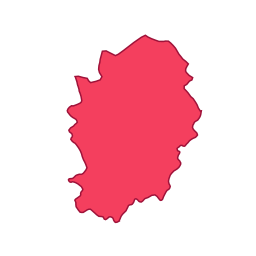 outline of Lyuban, Minsk, Belarus, rotated 240°
{"feature_id": "67162791B60458568388386", "entity_name": "Lyuban", "entity_type": "district", "adm_level": 2, "iso_a3": "BLR", "parent_name": "Belarus", "parent_adm1": "Minsk", "projection": "orthographic", "projection_center": [28.032, 52.73], "detail": "fine", "context": "isolated", "style": "filled", "palette": "rose", "viewbox_px": 256, "rotation_deg": 240, "n_neighbors": 0, "source": "geoboundaries", "source_scale": "gbopen_adm2", "svg_char_len": 3405}
<svg xmlns="http://www.w3.org/2000/svg" viewBox="0 0 256 256"><g transform="rotate(240 128 128)"><path d="M167.0,209.0L170.1,209.0L173.3,209.0L176.6,208.4L180.1,207.5L183.0,206.4L184.6,203.8L185.1,202.2L187.6,198.0L190.4,195.6L193.6,193.0L196.9,190.7L199.6,189.4L199.9,185.0L199.1,175.6L198.4,170.5L197.4,163.1L196.7,156.4L197.0,153.3L201.7,150.2L205.7,147.6L207.3,144.2L206.1,143.0L203.4,140.3L201.4,138.3L198.9,136.4L196.6,134.1L193.5,131.9L190.3,131.0L185.5,131.1L183.6,128.0L184.4,123.7L186.0,118.3L188.6,117.5L191.4,117.5L194.2,114.3L197.6,110.9L199.0,107.9L198.5,107.9L193.6,106.9L190.6,105.9L188.9,105.6L186.0,104.9L184.4,104.2L181.7,103.8L178.7,103.1L177.1,102.5L174.9,101.7L173.8,100.5L173.5,99.0L173.7,96.3L174.1,93.7L174.5,91.6L175.5,90.2L175.3,87.7L174.6,85.7L173.4,84.1L171.9,83.7L170.3,84.0L168.9,84.1L166.7,84.6L164.6,85.5L163.3,86.3L161.4,87.3L159.7,87.3L158.3,86.9L157.8,85.3L157.6,83.7L156.9,81.9L156.8,78.4L155.7,75.7L153.9,75.4L152.3,76.1L150.8,76.5L149.0,76.0L148.1,75.0L147.7,73.8L146.7,72.8L144.3,73.1L142.5,73.8L141.4,74.5L139.5,74.9L137.6,75.1L135.4,75.3L132.0,75.3L129.0,74.9L126.0,74.1L122.8,73.6L119.9,73.5L117.3,73.2L114.1,72.6L112.8,70.8L111.8,68.5L111.1,66.6L111.1,64.6L112.3,62.7L112.6,61.4L112.9,59.9L112.9,58.9L112.5,57.4L112.1,55.8L112.1,54.5L113.0,52.7L113.4,51.6L113.0,50.6L112.0,50.3L110.6,50.5L109.5,51.5L109.3,52.9L109.0,53.3L108.1,54.3L106.9,55.3L104.8,56.6L102.6,57.5L100.6,58.3L97.6,58.3L96.7,57.3L96.0,55.3L95.1,54.3L93.7,53.6L93.1,52.6L92.8,49.6L92.6,47.0L92.1,45.9L90.5,45.7L89.4,45.5L87.8,44.6L85.7,43.7L83.2,43.9L81.7,44.0L79.1,44.4L78.0,45.7L77.3,47.1L77.4,49.6L77.5,52.0L77.2,53.6L76.5,54.8L75.1,55.4L72.9,56.1L70.8,56.8L68.5,57.5L66.1,58.6L65.2,59.9L64.3,61.2L63.3,62.0L62.1,62.0L61.0,61.9L59.9,62.8L59.9,64.4L60.1,65.5L60.4,67.2L59.9,68.4L58.6,69.5L57.2,69.9L55.4,69.5L53.5,69.5L52.4,70.1L51.9,71.5L51.8,73.1L51.8,74.1L52.3,74.2L53.3,75.7L54.9,77.7L56.0,80.0L56.6,82.2L57.3,84.9L58.3,86.3L59.4,88.0L60.6,89.6L60.6,91.0L60.0,92.4L59.9,93.6L60.7,95.5L62.0,97.1L62.9,98.1L62.8,99.4L62.0,100.0L60.6,100.5L59.0,100.8L58.1,101.4L57.3,102.4L57.3,103.2L57.5,104.5L58.2,106.5L58.4,107.5L57.8,110.5L57.8,112.7L57.8,115.0L57.0,116.8L56.6,117.9L54.2,119.0L52.5,119.2L49.7,119.6L49.0,120.1L48.7,121.0L48.9,122.1L49.8,123.3L50.8,124.5L51.8,126.0L52.7,127.4L53.8,129.2L54.5,130.7L54.5,132.7L55.1,134.1L56.2,135.3L57.4,135.6L59.0,135.6L61.1,136.2L62.0,136.7L63.7,138.2L64.7,139.4L66.0,140.9L66.9,142.9L67.9,146.3L67.9,147.6L68.0,150.1L68.5,152.4L69.3,154.0L70.3,155.5L71.4,156.2L72.6,156.2L73.6,156.3L75.1,155.9L76.6,155.7L77.8,156.4L78.9,157.6L79.5,158.3L80.1,159.6L80.9,160.6L81.8,160.9L82.8,160.2L83.6,159.6L85.5,160.1L85.8,160.4L86.1,161.7L86.1,162.9L86.4,163.5L86.6,164.9L85.9,166.2L85.2,166.4L84.1,167.5L84.0,168.6L84.8,170.5L85.3,172.5L86.2,174.8L86.5,177.0L86.5,179.3L86.2,181.6L86.5,183.1L87.2,184.7L89.1,185.1L90.9,184.7L92.2,184.3L94.2,183.9L96.2,184.1L98.0,185.6L98.7,186.9L99.7,188.2L100.0,189.5L100.0,190.7L100.0,192.3L100.9,194.4L101.6,195.7L102.5,196.9L103.6,198.0L104.9,199.0L106.2,200.1L106.6,199.1L110.1,198.9L113.5,199.4L116.1,199.4L120.8,199.1L123.9,198.0L128.2,197.6L130.8,197.1L134.0,196.3L136.4,197.8L136.4,200.7L137.9,204.7L137.7,207.4L139.3,209.2L143.0,207.2L146.8,206.3L148.4,206.3L150.4,207.6L151.9,209.8L153.3,212.3L156.6,211.4L160.4,209.9L163.5,209.5L166.4,209.0L167.0,209.0Z" fill="#f43f5e" stroke="#9f1239" stroke-width="1.5"/></g></svg>